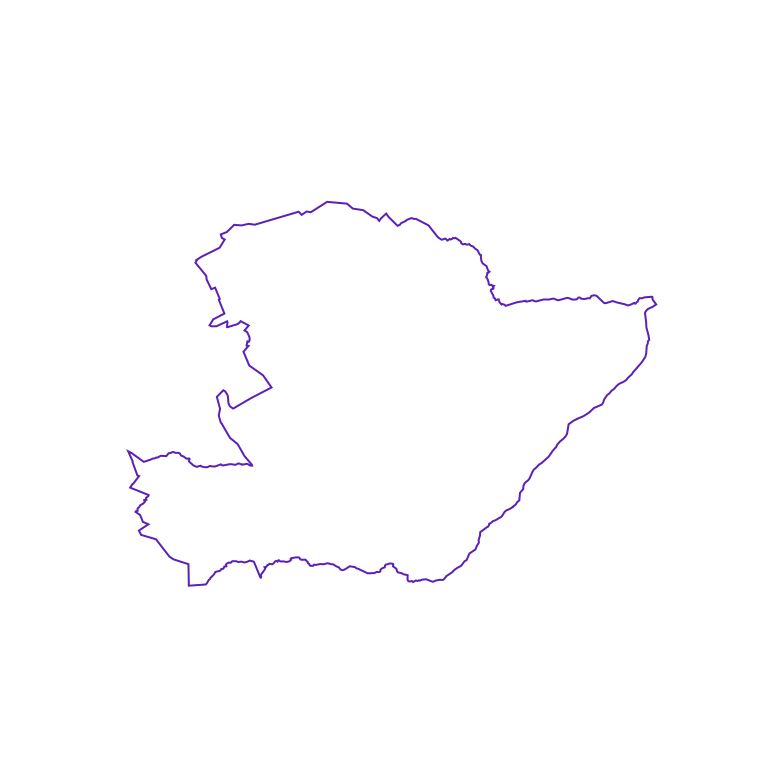 outline of Mutare, Manicaland, Zimbabwe, rotated 248°
{"feature_id": "62879985B35185654442710", "entity_name": "Mutare", "entity_type": "district", "adm_level": 2, "iso_a3": "ZWE", "parent_name": "Zimbabwe", "parent_adm1": "Manicaland", "projection": "robinson", "projection_center": [32.311, -19.249], "detail": "fine", "context": "isolated", "style": "outline", "palette": "violet", "viewbox_px": 768, "rotation_deg": 248, "n_neighbors": 0, "source": "geoboundaries", "source_scale": "gbopen_adm2", "svg_char_len": 6166}
<svg xmlns="http://www.w3.org/2000/svg" viewBox="0 0 768 768"><g transform="rotate(248 384 384)"><path d="M355.8,666.2L361.2,664.8L362.6,664.8L363.8,665.5L364.5,665.2L366.7,658.2L366.9,655.2L367.8,653.1L366.5,651.0L365.3,650.1L365.2,648.9L364.3,647.4L364.4,646.9L365.4,646.4L365.2,642.7L365.4,639.7L367.8,637.0L372.4,630.5L375.3,627.0L375.8,620.4L376.4,618.7L377.7,617.9L386.0,614.2L387.5,612.3L388.0,609.3L386.3,606.9L387.1,605.5L387.6,601.9L389.1,598.9L390.6,598.1L391.2,597.1L391.3,596.6L390.3,594.5L390.9,592.4L391.6,590.5L394.7,587.1L395.3,585.9L396.3,577.2L396.9,576.1L399.7,573.2L400.6,568.4L402.6,563.6L403.6,556.0L404.4,554.6L406.0,553.2L406.9,547.3L407.4,546.4L408.1,546.5L410.0,537.6L410.9,526.1L412.4,525.4L414.1,523.3L413.8,522.7L416.4,521.8L418.8,521.8L419.4,522.1L419.8,521.1L419.9,518.9L421.8,518.9L423.1,518.0L425.0,518.5L430.4,517.9L431.4,518.7L431.6,519.6L431.3,521.0L432.0,521.6L433.1,521.3L433.8,522.6L434.7,521.3L435.9,520.5L436.0,519.1L437.3,518.5L439.3,519.1L443.1,519.3L444.9,518.7L446.3,520.4L448.2,521.3L448.1,522.1L448.5,522.3L448.2,522.3L448.6,523.9L448.9,523.8L449.2,523.0L454.9,523.2L458.9,520.6L461.5,520.4L464.9,521.2L467.3,522.2L468.0,521.3L473.1,520.8L474.8,519.5L478.1,518.1L479.8,516.2L481.8,515.4L481.9,514.0L482.5,512.6L483.5,511.7L483.9,509.5L485.6,508.3L486.8,508.6L488.0,508.2L492.7,505.1L492.7,503.9L493.6,502.7L493.1,501.7L493.0,499.9L493.9,499.1L493.2,496.7L493.6,496.3L495.1,495.9L495.9,495.2L496.0,492.3L496.4,491.3L500.0,488.9L514.4,484.7L525.0,475.6L526.0,473.4L527.4,471.9L527.6,470.4L527.6,466.7L527.0,465.0L526.8,461.0L526.5,459.5L525.7,458.5L525.6,455.8L537.3,450.8L541.2,449.9L538.7,443.2L537.0,440.7L540.6,439.5L543.5,436.0L553.0,429.8L558.3,420.8L565.1,417.2L574.2,399.5L570.7,380.5L572.9,376.9L571.7,371.0L575.7,369.4L580.1,323.9L583.2,318.5L584.4,311.3L587.7,304.7L583.8,295.3L583.8,288.7L580.2,288.4L577.6,290.4L571.9,282.6L570.4,262.6L569.4,257.4L569.3,257.6L567.1,254.6L550.8,259.7L547.4,258.7L536.6,259.4L536.6,263.5L524.4,263.6L524.0,262.4L509.1,262.4L507.9,249.9L503.7,244.2L502.0,245.9L500.3,250.3L500.9,262.1L500.0,262.1L495.7,259.7L495.3,260.1L494.4,270.6L494.9,272.8L496.0,274.6L488.9,280.5L485.9,274.7L483.3,276.6L477.7,276.8L475.0,275.9L473.8,274.4L474.7,273.3L471.1,271.0L470.1,272.6L466.6,265.8L451.5,266.0L437.4,275.1L422.9,278.4L420.7,255.3L417.7,234.9L420.8,232.9L423.0,232.5L424.7,232.7L431.2,234.7L433.2,234.7L436.6,234.0L438.4,232.7L434.7,224.2L422.4,222.7L416.7,219.0L409.4,218.2L408.0,218.7L391.7,221.0L383.1,225.8L369.6,227.6L358.8,231.2L357.7,231.1L358.6,229.3L360.7,227.8L361.3,227.0L362.3,222.4L362.6,222.5L363.0,221.6L364.9,219.4L364.7,216.0L367.3,211.5L368.8,204.2L369.2,203.5L370.6,202.7L370.8,196.5L372.0,193.7L373.2,192.0L373.1,188.9L374.1,186.4L375.9,183.9L376.9,183.4L377.4,179.2L380.0,176.7L384.8,174.4L385.9,174.3L387.1,175.6L387.7,175.6L388.2,175.0L388.6,173.1L389.2,172.5L391.8,171.1L393.6,169.1L396.3,168.6L397.3,167.4L398.2,165.0L399.2,164.0L400.1,162.5L400.0,160.0L400.5,158.4L398.7,155.2L401.1,150.0L400.6,146.8L401.1,145.5L401.0,143.3L401.5,141.4L401.3,139.0L401.8,132.1L414.1,124.4L417.4,121.6L406.7,122.0L406.1,121.6L391.6,121.1L390.4,122.4L385.4,114.0L385.5,113.3L383.0,109.8L369.2,124.2L368.4,123.5L367.4,120.5L365.6,120.4L365.6,119.6L366.3,118.3L365.7,118.0L364.7,118.5L364.2,118.0L363.2,115.4L363.0,112.8L361.7,111.1L360.8,108.8L358.7,108.1L358.9,106.1L358.5,105.7L353.9,108.8L346.5,108.8L342.2,113.0L339.9,101.8L335.0,102.3L325.5,114.4L304.3,120.4L300.3,123.1L290.2,135.2L270.1,127.5L264.9,143.6L265.5,145.0L268.0,148.2L268.2,149.3L269.2,150.5L270.9,154.5L272.9,157.3L272.3,161.9L272.7,163.1L273.4,163.8L272.9,165.8L274.6,167.7L274.0,169.3L274.2,169.7L275.8,169.8L276.4,171.1L276.6,173.3L275.8,174.3L275.8,175.5L276.4,176.2L276.4,177.4L275.1,180.5L273.6,182.1L272.7,185.2L270.8,187.8L270.4,190.6L270.6,193.4L268.0,196.8L250.8,196.9L250.6,197.4L251.2,197.9L252.0,197.6L253.7,199.2L256.5,203.7L257.6,204.8L258.9,204.6L258.6,206.5L259.7,207.8L259.6,209.1L260.2,210.4L258.7,212.8L259.0,214.2L260.4,217.0L260.2,218.1L259.2,218.8L260.0,219.9L260.0,220.5L259.0,220.9L258.0,222.0L257.4,223.9L255.5,227.0L255.0,229.7L255.8,232.1L256.9,232.0L257.2,233.0L256.4,236.7L255.4,239.5L254.8,240.4L252.9,240.7L252.0,241.5L250.6,245.2L250.1,245.6L249.1,245.7L247.8,246.6L246.5,246.3L245.1,247.3L243.9,247.1L243.0,247.7L242.0,250.2L242.6,251.2L242.6,251.7L241.8,252.9L241.0,257.3L239.4,260.8L239.1,263.7L238.6,265.2L236.8,267.3L235.8,269.4L233.0,271.3L230.9,273.4L228.2,274.2L227.3,275.3L226.8,276.0L226.7,277.8L227.8,284.0L225.1,288.5L223.6,289.2L222.0,291.2L214.6,297.9L212.3,304.3L212.5,306.9L211.5,308.7L211.4,309.8L211.7,310.5L212.8,310.9L213.4,311.8L213.9,314.1L213.7,316.0L215.3,316.9L215.9,318.2L215.4,320.3L215.5,322.2L213.9,324.9L213.4,325.1L211.6,324.0L208.0,326.3L205.5,325.9L204.2,326.3L201.7,329.8L200.4,330.6L197.9,334.3L193.7,332.5L192.0,332.8L191.2,334.0L190.8,336.1L189.5,336.7L189.9,340.0L188.8,341.3L188.9,342.8L188.3,343.4L188.3,346.0L187.2,349.9L182.6,354.8L182.2,356.3L182.4,358.1L181.6,362.4L180.4,364.7L180.3,365.5L180.9,367.3L182.5,369.8L183.9,376.6L185.2,379.4L186.0,382.6L186.5,387.4L189.5,392.3L189.8,394.7L194.8,399.6L196.4,406.9L199.1,409.4L201.3,412.5L203.9,413.3L207.6,416.3L210.6,417.7L212.7,425.9L212.7,426.9L213.9,428.6L215.0,429.1L215.1,430.9L216.1,434.0L215.9,436.1L216.9,442.9L217.5,444.2L220.1,447.7L220.9,449.6L221.1,454.3L221.7,457.5L222.0,457.5L222.9,461.0L224.6,463.3L225.5,465.9L232.1,469.3L234.4,473.7L237.3,475.1L239.2,477.1L240.1,479.1L240.7,481.5L242.0,483.7L247.2,489.0L248.7,491.2L249.1,492.9L251.2,497.5L251.6,500.3L254.9,509.4L258.8,515.3L260.8,519.2L260.8,519.8L262.8,521.7L264.8,525.7L265.9,529.4L267.3,532.6L269.3,535.1L277.5,540.1L279.0,546.1L279.2,549.8L279.4,549.8L279.4,556.2L279.8,558.9L280.8,563.8L283.1,569.6L283.3,578.3L284.7,580.2L287.3,582.5L290.3,587.0L290.6,588.9L292.5,592.4L293.3,595.6L295.1,599.0L296.1,602.1L296.3,606.8L297.0,610.3L298.4,612.6L300.2,617.5L301.4,619.0L307.5,631.0L311.1,636.3L314.0,638.5L320.9,641.9L322.9,643.9L324.7,644.6L325.6,646.5L330.2,647.5L338.2,648.5L344.0,650.5L351.9,652.5L353.4,653.9L354.7,656.8L354.9,661.7L355.8,666.2Z" fill="none" stroke="#5b21b6" stroke-width="2"/></g></svg>